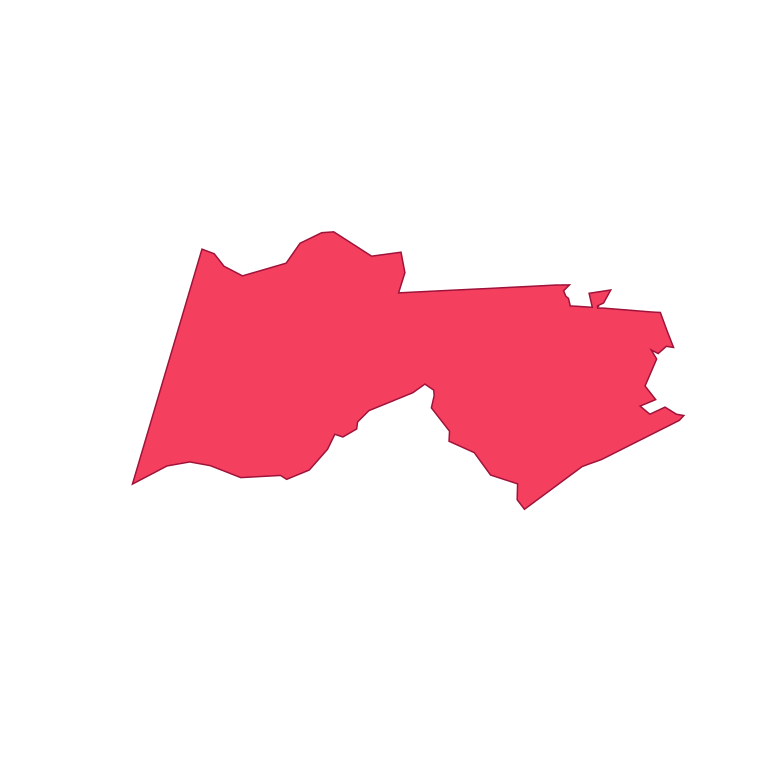 the district of Dorchester, South Carolina, United States of America, rotated 319°
{"feature_id": "52423323B90119869144557", "entity_name": "Dorchester", "entity_type": "district", "adm_level": 2, "iso_a3": "USA", "parent_name": "United States of America", "parent_adm1": "South Carolina", "projection": "robinson", "projection_center": [-80.311, 33.076], "detail": "fine", "context": "isolated", "style": "filled", "palette": "rose", "viewbox_px": 768, "rotation_deg": 319, "n_neighbors": 0, "source": "geoboundaries", "source_scale": "gbopen_adm2", "svg_char_len": 1119}
<svg xmlns="http://www.w3.org/2000/svg" viewBox="0 0 768 768"><g transform="rotate(319 384 384)"><path d="M589.0,430.9L578.2,421.7L564.6,411.1L515.6,372.6L487.8,350.7L454.8,324.8L472.8,313.7L483.3,295.7L458.5,279.4L445.9,236.2L436.2,228.9L413.0,222.7L389.4,228.6L348.1,209.5L340.5,190.2L341.3,174.3L335.1,162.8L128.5,294.5L166.5,303.5L186.3,315.4L199.3,331.6L214.5,360.7L245.9,385.1L248.0,392.1L271.2,399.9L298.6,396.2L313.9,389.7L318.2,397.0L333.9,400.0L339.2,395.3L355.1,394.2L400.1,409.5L414.8,410.9L417.5,421.3L414.1,425.8L404.1,433.1L402.5,462.6L395.5,469.9L407.1,495.0L404.7,522.6L419.3,547.0L408.6,558.7L407.8,570.7L479.4,576.3L486.3,578.9L498.3,583.6L583.0,605.2L589.6,604.5L584.9,598.7L580.9,585.8L564.8,581.2L562.8,568.7L578.8,574.0L579.7,556.8L606.2,544.0L608.0,533.6L610.9,540.9L621.8,540.8L626.5,546.4L632.2,530.4L639.5,511.3L635.0,507.0L632.1,504.1L623.9,495.7L599.0,470.3L595.0,466.9L596.0,465.5L596.7,466.1L596.9,465.2L602.9,466.9L616.8,461.8L598.3,450.1L591.5,462.8L581.4,452.7L575.8,447.3L579.4,440.4L578.8,437.1L580.7,431.5L589.0,430.9Z" fill="#f43f5e" stroke="#9f1239" stroke-width="1.5"/></g></svg>